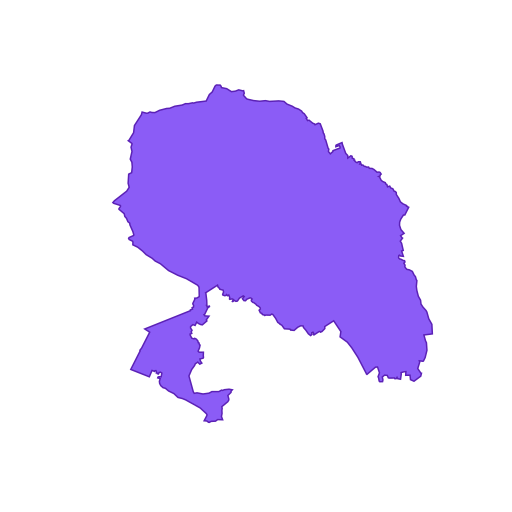 Barnova, Iasi, Romania, rotated 157°
{"feature_id": "2599482B29506640836686", "entity_name": "Barnova", "entity_type": "district", "adm_level": 2, "iso_a3": "ROU", "parent_name": "Romania", "parent_adm1": "Iasi", "projection": "natural_earth1", "projection_center": [27.626, 47.082], "detail": "fine", "context": "isolated", "style": "filled", "palette": "violet", "viewbox_px": 512, "rotation_deg": 157, "n_neighbors": 0, "source": "geoboundaries", "source_scale": "gbopen_adm2", "svg_char_len": 6133}
<svg xmlns="http://www.w3.org/2000/svg" viewBox="0 0 512 512"><g transform="rotate(157 256 256)"><path d="M350.7,118.3L350.5,121.8L348.8,124.3L347.7,127.3L346.7,128.9L346.3,130.7L338.9,132.9L337.4,134.0L336.9,134.9L336.4,138.6L332.3,140.2L331.8,141.3L330.1,142.1L332.8,143.9L337.4,145.3L339.2,145.3L340.1,146.0L343.2,145.7L349.6,148.4L352.8,148.1L358.7,149.7L363.8,153.1L366.5,153.7L366.8,155.5L364.6,171.8L359.6,176.6L355.3,179.2L354.0,180.5L351.1,181.1L350.0,178.4L347.7,178.6L348.2,180.8L347.9,183.1L344.6,182.6L343.8,183.4L343.7,184.3L342.0,188.0L345.9,189.6L346.5,191.0L344.0,193.4L342.3,195.8L342.7,196.2L342.5,198.5L343.0,198.8L342.7,200.5L343.4,202.8L344.6,204.2L345.4,203.9L347.2,205.4L347.5,208.9L347.2,209.9L345.4,209.8L345.3,211.5L343.9,212.6L344.4,215.3L343.8,216.6L340.9,217.5L339.2,215.9L336.4,218.3L335.4,216.4L333.7,214.5L332.3,213.6L326.6,215.4L326.7,216.6L322.8,219.0L326.4,220.8L326.8,222.3L326.1,222.3L320.5,227.2L318.6,227.6L318.5,228.1L320.9,228.5L320.6,229.2L320.8,230.0L320.4,230.0L318.7,234.4L316.7,241.3L316.8,241.8L302.8,244.2L303.1,242.4L302.2,240.2L302.3,239.5L299.6,237.4L299.9,235.6L301.7,233.7L301.8,233.1L300.4,231.7L299.0,231.4L298.2,232.0L297.6,230.5L296.3,230.7L296.4,228.0L297.2,226.8L297.1,226.4L294.7,225.8L293.8,224.8L295.5,223.4L295.2,223.1L293.4,223.6L292.2,222.1L290.7,221.8L287.7,223.7L283.3,224.3L282.7,223.3L285.2,222.0L284.5,219.6L283.1,218.9L281.4,219.8L277.8,219.8L277.2,219.4L276.4,217.9L277.6,217.3L277.8,216.2L277.0,214.5L276.3,214.0L274.9,211.6L274.6,210.4L273.1,208.4L272.4,206.8L272.7,205.5L274.3,204.9L274.2,202.0L273.0,200.8L273.1,200.0L272.5,199.1L271.6,198.7L271.2,197.8L270.0,197.8L266.1,196.0L264.2,196.4L263.4,195.7L262.3,191.0L261.9,186.4L260.5,184.2L260.6,183.8L259.3,182.3L258.3,177.9L253.7,175.6L252.9,174.9L253.1,174.3L250.0,172.6L245.4,174.1L242.1,174.3L240.0,173.2L240.2,171.6L239.1,168.2L238.2,163.9L236.8,161.4L235.3,161.9L234.6,163.6L233.3,163.6L233.1,162.3L233.7,161.4L233.5,160.7L227.5,161.8L226.8,161.6L226.4,160.7L224.8,160.7L221.0,162.3L220.3,164.2L209.8,166.0L207.4,153.3L210.2,148.7L205.6,141.0L203.7,134.0L201.8,122.9L200.4,104.9L200.4,103.7L200.7,103.5L189.4,107.0L187.5,106.3L188.0,100.2L190.8,97.2L190.8,95.7L191.5,92.8L191.2,91.9L188.6,90.9L187.6,92.3L187.0,95.3L184.2,96.1L181.8,94.8L181.8,92.2L181.1,91.6L176.2,89.6L176.2,88.9L175.0,88.3L173.6,89.2L173.5,87.7L171.1,86.1L168.5,90.4L168.0,92.0L165.1,91.6L163.2,91.0L164.8,87.7L160.8,86.1L162.1,81.8L159.5,79.0L151.3,81.0L149.5,83.4L150.0,83.7L151.1,89.2L146.8,94.3L146.6,95.7L143.5,93.9L142.9,93.9L140.0,96.4L135.5,102.4L133.0,109.6L133.1,111.7L132.3,117.7L124.1,115.4L120.8,124.4L121.5,130.7L120.6,137.6L120.8,139.4L122.3,143.8L122.9,147.3L121.8,151.0L122.3,155.5L121.4,161.5L120.3,165.4L117.5,170.5L117.7,171.7L117.3,174.7L117.9,176.7L118.1,180.7L120.3,183.4L122.4,184.8L123.0,186.7L123.2,188.0L122.4,189.3L122.7,191.6L121.2,192.3L121.1,193.7L122.1,194.2L124.0,196.6L124.9,197.1L125.4,198.2L125.3,199.0L124.5,200.5L123.8,200.8L123.1,199.6L120.5,198.1L120.0,203.7L118.3,203.6L117.0,210.8L117.4,213.3L114.1,215.2L114.5,215.9L115.0,218.2L110.8,219.0L112.3,223.7L111.9,228.2L110.5,231.1L108.3,233.4L104.3,236.1L103.0,235.6L96.4,241.2L98.0,243.0L97.6,243.4L97.8,243.8L100.3,246.5L101.9,249.4L102.0,253.3L102.8,257.7L102.1,259.6L102.5,260.9L103.5,261.6L103.8,264.5L105.4,266.0L105.6,268.1L107.9,268.3L107.6,270.7L108.4,271.7L108.3,273.0L110.3,275.1L111.2,276.8L111.4,280.7L111.9,281.2L110.5,281.2L110.0,282.1L108.8,282.5L109.1,284.4L109.9,285.2L111.8,285.8L113.6,289.5L114.9,291.2L117.4,292.4L117.6,293.9L119.4,294.5L120.3,295.7L121.3,296.2L122.0,297.9L123.3,298.3L123.1,298.9L123.3,299.7L124.5,300.1L123.2,301.2L123.2,302.0L125.0,302.8L126.4,302.4L127.0,302.9L127.9,304.4L127.7,305.7L128.3,305.9L127.9,307.4L129.2,308.3L128.6,310.2L129.5,311.2L133.2,310.3L132.3,312.7L133.3,315.4L132.8,325.2L132.5,326.8L138.8,326.8L139.3,326.4L139.8,325.4L136.1,325.1L136.0,323.5L136.4,322.6L144.0,322.9L144.4,322.1L147.7,321.0L148.5,323.9L147.2,325.9L147.5,327.2L146.5,335.6L146.9,337.1L146.0,339.2L145.7,342.0L146.0,342.9L145.5,344.9L145.2,352.6L146.7,353.9L150.4,353.8L150.5,354.7L151.9,356.1L154.1,360.3L155.6,360.5L156.0,363.1L155.0,363.3L155.1,363.9L156.0,368.1L157.1,369.8L157.4,371.6L159.5,374.7L162.2,377.0L164.1,379.7L168.1,383.7L169.9,387.4L174.5,389.9L183.1,393.0L186.6,395.3L192.1,397.0L197.5,400.0L202.7,403.8L203.3,404.6L204.7,408.7L204.4,409.3L203.2,410.4L202.8,413.0L203.4,413.0L207.0,415.7L210.6,415.8L214.4,416.9L217.6,421.5L222.0,424.5L221.8,425.9L222.2,427.3L225.7,428.9L227.3,428.4L232.2,424.1L235.8,422.9L241.3,418.1L250.7,420.8L253.6,421.1L254.6,421.8L258.6,422.6L261.4,423.8L265.0,423.8L272.3,425.6L277.8,425.7L280.5,426.7L287.8,427.8L293.0,427.5L295.8,428.8L297.3,430.0L299.8,429.8L301.0,430.2L304.6,433.0L306.3,430.8L316.9,423.6L320.5,417.3L327.8,412.1L328.5,412.0L326.3,408.2L326.3,407.6L328.5,405.0L329.3,400.7L333.9,394.3L333.6,390.8L335.1,386.3L337.9,381.3L341.2,381.1L345.3,372.9L345.9,368.8L349.7,366.2L364.7,362.2L366.9,361.1L366.4,360.1L361.2,355.6L361.1,355.1L361.5,354.4L363.6,353.2L363.9,352.5L360.8,346.5L361.3,343.6L360.5,341.3L360.5,337.6L359.4,335.6L359.9,333.9L359.8,326.6L360.2,323.2L360.7,322.7L365.6,322.6L366.4,322.0L366.3,320.7L363.8,317.8L363.9,316.8L365.0,314.4L361.5,310.4L358.5,304.9L356.6,300.2L352.5,294.5L350.8,290.8L347.0,286.2L342.2,276.8L335.6,268.9L328.9,262.3L321.2,252.0L320.7,250.2L320.8,249.1L324.1,240.8L326.9,240.4L328.9,241.1L329.1,240.2L332.6,237.1L332.9,236.5L332.7,235.0L333.5,233.4L335.0,233.4L335.2,231.9L337.5,232.0L337.8,231.3L386.9,232.3L383.6,227.4L397.3,215.9L399.7,214.6L399.7,213.9L415.6,200.5L401.4,186.5L396.4,191.3L394.5,189.4L393.9,189.9L392.9,189.6L392.9,188.1L393.5,187.3L392.5,186.6L392.7,186.1L391.9,185.5L390.7,186.6L389.3,186.4L388.4,185.0L390.5,181.9L392.5,182.8L393.6,182.8L394.1,182.2L392.1,180.6L393.9,178.4L394.5,176.3L394.3,173.8L393.0,171.1L391.1,169.6L389.2,165.9L385.3,161.4L383.1,156.3L379.5,153.6L377.0,151.1L366.8,138.0L363.3,130.3L363.1,129.2L363.6,128.3L368.1,124.6L365.7,123.3L364.7,121.5L364.0,121.1L361.9,121.3L357.8,119.8L355.2,120.4L350.7,118.3Z" fill="#8b5cf6" stroke="#5b21b6" stroke-width="1.5"/></g></svg>